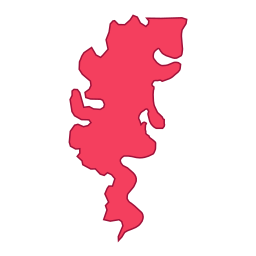 the district of Concordia, Louisiana, United States of America
{"feature_id": "52423323B66255567298861", "entity_name": "Concordia", "entity_type": "district", "adm_level": 2, "iso_a3": "USA", "parent_name": "United States of America", "parent_adm1": "Louisiana", "projection": "robinson", "projection_center": [-91.593, 31.366], "detail": "fine", "context": "isolated", "style": "filled", "palette": "rose", "viewbox_px": 256, "rotation_deg": 0, "n_neighbors": 0, "source": "geoboundaries", "source_scale": "gbopen_adm2", "svg_char_len": 3331}
<svg xmlns="http://www.w3.org/2000/svg" viewBox="0 0 256 256"><path d="M77.2,156.4L82.0,160.8L82.8,164.7L90.8,169.0L95.4,168.9L100.2,174.1L104.2,175.4L107.5,172.7L111.6,174.7L114.9,178.7L112.5,186.1L108.8,186.1L107.2,188.4L104.9,193.9L108.6,202.1L105.5,205.6L107.0,209.9L103.7,219.6L110.3,221.1L119.1,219.7L121.7,221.6L122.9,225.8L119.5,233.8L118.3,236.6L118.5,240.6L121.8,237.0L124.6,232.4L127.5,230.7L131.9,229.0L135.8,227.3L138.7,225.4L140.3,223.7L142.1,221.1L142.8,219.0L143.0,218.1L143.1,216.8L142.8,214.9L142.1,213.2L141.3,212.2L134.8,206.2L131.2,203.3L129.9,202.5L129.0,201.7L128.3,200.8L127.2,198.9L127.1,198.3L127.3,195.6L127.5,194.7L127.7,194.1L128.3,193.2L132.5,188.2L133.6,186.8L134.2,185.7L135.5,182.9L136.1,181.4L136.2,180.7L136.2,178.4L136.0,177.8L135.9,177.1L134.7,174.7L133.1,172.8L127.5,167.9L122.8,165.5L121.0,163.1L120.3,161.0L120.3,160.5L120.5,159.4L121.2,158.3L121.8,157.6L123.6,156.2L124.4,156.0L128.4,156.0L131.9,156.5L136.4,157.5L139.6,157.8L142.1,157.7L144.6,157.3L148.5,156.1L153.1,153.9L153.8,153.0L154.6,151.3L155.4,149.2L155.5,148.0L155.6,143.1L155.4,142.5L155.1,142.0L153.1,140.2L149.9,137.8L149.5,137.4L148.9,135.9L146.6,134.4L145.8,133.4L145.8,131.4L145.3,129.6L145.3,128.7L145.5,125.1L146.3,123.7L146.4,123.3L144.9,122.4L144.1,122.2L143.0,122.7L142.5,123.1L141.0,124.7L140.4,122.7L139.8,120.9L138.7,118.6L138.7,117.3L139.2,115.4L140.7,112.8L141.9,111.7L144.3,110.2L144.8,109.6L145.9,109.1L146.7,109.0L147.5,109.3L147.7,109.6L148.6,111.5L148.6,111.8L148.0,113.3L148.0,114.4L149.7,121.1L151.0,123.8L152.3,125.4L153.7,126.8L155.6,128.0L156.5,128.3L162.6,128.3L164.1,126.5L164.5,124.9L164.2,123.4L164.2,120.8L164.2,119.5L163.1,119.0L162.3,117.1L159.9,114.7L157.5,112.5L156.0,109.4L155.0,107.3L154.3,105.7L153.9,104.3L153.4,101.1L153.1,94.6L153.4,90.3L153.9,88.9L153.9,87.0L153.5,86.5L152.6,86.1L152.0,84.9L152.0,84.2L152.1,83.6L152.4,83.1L153.7,81.1L154.1,80.8L154.8,80.6L155.9,80.5L157.5,80.6L160.0,80.1L161.4,80.6L162.0,81.2L162.4,81.2L169.5,78.6L171.0,77.8L172.5,76.8L175.2,74.4L177.9,72.2L179.6,70.1L179.9,69.4L180.2,68.1L180.6,64.3L178.4,62.7L177.4,62.5L176.0,62.3L174.1,62.4L172.8,62.9L167.7,65.0L165.6,65.4L162.4,65.6L161.0,65.4L160.2,65.0L158.9,64.2L156.8,62.6L154.4,59.5L153.9,58.8L153.5,58.1L153.4,57.6L153.2,56.1L153.5,53.7L153.8,52.8L154.5,51.5L155.7,50.3L157.7,48.7L158.1,48.5L158.8,48.6L159.2,48.8L159.9,49.8L160.5,50.9L161.7,52.4L162.3,53.2L163.7,54.2L166.2,55.6L172.7,57.8L174.4,58.2L176.4,58.1L177.5,57.7L181.2,55.6L181.9,54.0L182.4,50.3L182.5,48.9L182.0,43.6L181.4,36.3L181.5,33.6L182.0,30.3L182.2,29.7L186.0,23.7L186.7,19.4L181.9,17.8L161.1,18.4L146.7,18.2L148.8,20.8L148.4,23.9L145.9,26.5L140.4,23.0L137.3,17.1L133.1,15.4L130.1,20.0L124.9,24.7L118.5,24.6L114.6,20.7L112.9,21.0L110.3,23.9L109.1,32.1L106.1,39.8L108.1,49.2L102.8,55.3L100.6,57.4L96.0,55.0L91.6,47.5L84.0,52.7L81.8,56.2L80.5,59.6L79.6,61.5L79.5,62.0L79.2,69.3L82.4,74.3L90.4,81.1L91.0,85.5L89.3,89.2L85.0,92.4L85.8,97.5L90.5,99.0L100.4,99.2L102.8,100.3L104.5,104.3L103.7,107.3L100.3,109.4L93.5,108.9L89.2,106.6L83.8,107.3L79.7,92.6L77.4,89.6L74.0,89.4L72.1,91.0L72.1,95.5L70.1,99.5L72.0,111.6L74.5,115.7L81.4,119.6L88.9,119.8L91.0,122.6L88.0,125.6L83.5,126.7L77.9,124.3L74.6,125.2L70.3,131.3L69.3,142.2L70.5,146.2L75.6,149.0L79.8,148.7L79.8,153.2L77.2,156.4Z" fill="#f43f5e" stroke="#9f1239" stroke-width="1.5"/></svg>